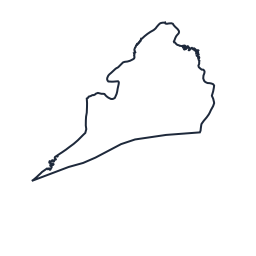 outline of Phonhong, Vientiane, Laos, rotated 225°
{"feature_id": "54806243B58411592743301", "entity_name": "Phonhong", "entity_type": "district", "adm_level": 2, "iso_a3": "LAO", "parent_name": "Laos", "parent_adm1": "Vientiane", "projection": "equal_earth", "projection_center": [102.429, 18.485], "detail": "fine", "context": "isolated", "style": "outline", "palette": "slate", "viewbox_px": 256, "rotation_deg": 225, "n_neighbors": 0, "source": "geoboundaries", "source_scale": "gbopen_adm2", "svg_char_len": 5666}
<svg xmlns="http://www.w3.org/2000/svg" viewBox="0 0 256 256"><g transform="rotate(225 128 128)"><path d="M74.1,175.7L74.8,177.4L76.4,179.4L78.3,181.9L78.9,182.9L79.5,186.5L79.9,191.2L80.5,194.8L81.1,196.8L82.0,199.2L83.3,203.7L84.6,206.4L85.3,207.0L88.4,208.9L91.5,210.1L93.8,214.3L96.0,217.5L97.1,218.9L98.6,219.2L100.2,218.6L101.9,217.5L103.6,216.0L105.8,215.2L107.6,215.2L109.9,216.3L111.7,218.4L112.7,220.6L113.6,221.9L114.8,222.5L116.1,222.4L117.2,221.4L118.6,221.2L120.8,221.1L121.4,221.3L122.5,222.1L122.6,222.7L122.7,223.0L123.1,223.7L123.5,224.2L124.5,225.1L125.0,226.0L125.5,226.0L126.1,226.1L126.4,226.2L126.6,226.4L126.8,226.9L126.9,227.3L127.0,227.6L127.3,227.8L127.4,228.1L127.5,228.3L127.8,228.4L127.8,228.2L128.0,228.0L128.0,227.7L128.2,227.3L128.6,227.6L128.9,228.0L129.2,228.0L129.8,227.8L130.5,227.7L130.7,227.8L130.7,228.0L130.5,228.4L130.3,228.9L130.1,229.0L130.0,229.4L130.0,229.7L130.1,230.0L130.5,229.9L130.8,229.9L131.0,230.2L131.2,230.3L131.6,230.6L131.7,230.9L131.9,231.0L132.1,231.0L132.2,230.7L132.2,230.3L132.3,229.6L132.6,229.0L133.1,229.5L133.2,230.1L133.2,231.0L132.9,231.9L133.0,232.1L133.1,232.6L133.6,232.5L133.8,232.2L133.8,231.3L133.9,231.0L133.9,230.3L134.3,230.2L134.8,231.1L135.2,230.9L135.4,230.7L135.9,230.0L136.1,229.9L136.3,230.0L136.3,230.4L136.1,231.3L136.4,231.3L136.9,231.2L137.2,231.2L137.6,231.1L137.8,230.9L137.9,230.5L137.9,230.2L137.7,230.1L137.6,229.8L137.7,229.7L138.0,229.8L138.1,229.7L138.5,229.6L139.1,229.8L139.4,229.9L139.6,229.7L139.6,229.0L139.8,228.7L139.7,228.4L139.7,228.2L139.9,228.1L139.9,227.9L139.6,227.1L139.6,226.5L139.8,226.1L140.0,226.0L140.2,226.3L140.3,227.0L140.8,227.8L141.0,228.0L141.3,228.1L141.6,227.9L141.9,227.7L142.4,227.0L142.6,226.9L142.8,227.0L142.8,227.3L142.7,227.6L142.8,228.0L143.0,228.2L143.3,228.2L143.6,228.1L143.8,227.8L143.6,226.9L143.3,226.2L143.1,226.0L142.9,225.5L142.8,225.1L143.1,224.6L143.3,224.0L143.6,223.4L143.8,223.3L144.0,223.3L144.2,223.9L144.0,224.9L144.2,225.2L144.6,225.2L145.3,225.0L145.4,224.2L145.7,223.9L145.8,223.8L146.1,223.9L146.2,224.4L146.3,225.0L146.2,225.4L145.7,225.6L145.4,225.6L145.0,225.7L145.0,226.1L145.4,226.5L145.8,226.5L146.2,226.4L146.7,225.7L147.1,225.3L147.8,224.1L148.3,223.6L148.9,223.3L149.7,222.6L150.5,222.5L151.8,221.7L153.2,221.5L155.3,221.7L155.9,221.2L156.7,221.5L157.2,222.9L158.2,225.1L158.8,226.9L159.0,228.4L159.1,230.7L159.8,232.0L160.7,232.6L162.6,233.0L163.7,233.0L166.3,232.9L168.3,233.0L170.0,233.4L171.4,232.7L173.0,230.9L174.1,229.3L174.9,228.6L175.5,228.4L176.4,228.9L176.9,228.0L177.8,227.2L178.9,225.6L179.3,224.6L179.4,222.9L179.2,220.0L178.9,217.9L179.1,215.4L180.1,211.8L180.8,208.2L181.2,204.6L181.3,202.0L181.3,201.1L181.9,200.4L181.5,199.9L181.4,199.9L181.3,199.5L181.2,199.4L181.0,199.2L181.2,198.6L181.2,198.4L180.7,198.3L180.7,197.6L180.6,197.2L180.9,196.7L180.5,196.4L180.4,196.1L180.5,196.0L180.7,195.8L180.7,195.5L180.8,195.2L180.9,194.7L180.9,194.4L181.1,194.0L181.1,193.8L181.0,193.7L180.8,193.8L180.6,194.0L180.6,194.3L180.4,194.3L180.4,194.1L180.5,193.8L180.5,193.6L180.3,193.3L180.3,193.2L180.6,193.0L180.6,192.9L180.7,192.6L180.7,192.3L180.5,191.7L180.3,191.5L180.1,191.2L179.9,190.8L179.9,190.0L179.5,189.1L179.0,188.1L178.7,187.7L178.1,187.4L177.7,187.3L177.8,187.1L177.7,187.0L177.5,186.9L177.2,186.9L176.9,186.6L176.6,186.4L176.4,186.4L176.5,186.0L176.6,185.7L176.7,185.4L176.4,185.4L176.3,184.9L176.1,184.8L175.8,184.9L175.6,184.6L175.3,184.4L175.2,184.3L175.2,184.1L175.1,183.8L175.1,183.7L174.9,183.6L174.3,183.3L174.2,183.1L173.8,182.9L173.5,182.6L173.3,182.2L173.2,182.2L172.9,181.6L172.9,180.9L173.2,179.7L174.1,177.0L175.4,174.6L177.0,172.6L177.6,171.5L177.9,170.8L177.9,169.5L177.9,165.3L177.9,164.1L178.1,163.2L178.3,162.6L178.5,162.2L178.7,160.7L178.9,155.2L179.1,152.8L179.0,151.2L178.7,150.3L178.0,148.6L177.2,147.7L176.0,147.1L174.8,147.0L173.3,148.3L171.5,150.0L168.1,154.0L166.9,153.9L165.8,152.7L163.2,148.6L161.4,146.1L160.2,144.1L158.6,140.0L159.0,138.4L159.6,137.4L160.6,136.5L163.2,135.6L164.9,135.3L166.5,135.2L168.7,135.4L169.8,134.6L171.0,133.4L174.1,131.5L175.0,129.5L175.0,128.4L175.5,127.0L176.0,126.6L176.3,126.2L176.7,125.3L176.9,124.4L177.3,123.6L178.0,122.3L177.6,121.2L178.0,119.7L174.5,116.6L171.7,113.7L168.0,109.7L165.7,106.4L163.2,103.6L159.6,99.9L156.7,97.7L154.7,94.3L154.8,91.9L154.8,88.8L154.8,87.6L154.8,83.9L154.9,82.3L155.2,78.3L156.0,73.0L156.3,70.8L156.5,69.2L157.6,63.3L157.8,62.6L158.0,61.5L158.2,60.4L158.4,59.6L158.5,59.0L158.6,58.5L158.0,58.4L157.7,58.2L157.7,57.9L157.9,57.7L158.3,57.5L158.7,57.2L159.0,56.8L159.1,56.2L159.0,55.6L158.8,55.2L158.5,54.9L158.2,54.8L157.2,54.9L156.9,54.9L156.8,54.7L156.9,54.3L157.1,54.1L157.3,53.8L157.4,53.4L157.4,53.1L157.4,52.9L157.0,52.5L156.8,52.3L156.8,52.0L156.8,51.7L157.0,51.5L157.1,51.4L158.2,51.9L158.5,51.9L158.8,51.5L158.7,50.7L158.7,50.3L158.8,49.8L158.9,49.6L159.1,49.5L159.3,49.4L159.8,49.3L159.9,49.2L159.9,48.9L159.3,48.0L159.2,47.9L158.8,47.9L158.7,48.0L158.4,48.6L158.1,48.7L157.6,48.4L157.4,48.4L157.2,48.5L156.9,48.7L155.9,49.5L155.4,49.7L155.2,49.8L155.0,49.7L154.9,49.6L154.9,49.4L154.9,49.1L154.9,48.8L155.1,48.4L155.2,48.0L155.4,47.8L155.6,47.5L156.0,47.2L156.4,47.0L156.6,46.9L156.7,46.7L156.3,46.4L156.0,46.4L155.7,46.5L155.4,46.5L155.0,46.5L154.7,46.5L154.4,46.4L154.2,46.2L154.0,45.7L154.0,45.1L153.5,43.9L153.6,43.5L153.6,43.3L153.8,43.2L154.1,43.2L154.4,43.2L154.9,43.6L155.1,43.7L155.3,43.6L155.3,43.2L155.3,42.9L155.3,42.6L155.4,42.4L155.5,42.2L156.0,42.2L156.6,42.1L157.7,36.1L157.7,33.8L157.8,32.2L157.9,28.7L158.2,24.7L158.6,22.6L142.4,58.5L135.0,71.6L130.1,84.0L121.5,111.7L114.9,124.9L96.2,150.0L74.1,175.7Z" fill="none" stroke="#1e293b" stroke-width="2"/></g></svg>